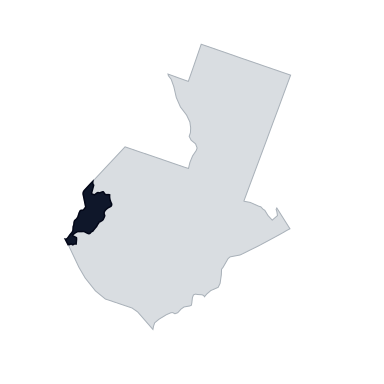 San Marcos highlighted on a map of Guatemala, rotated 19°
{"feature_id": "GTM-1947", "entity_name": "San Marcos", "entity_type": "Department", "adm_level": 1, "iso_a3": "GTM", "parent_name": "Guatemala", "parent_adm1": "", "projection": "equal_earth", "projection_center": [-91.97, 14.971], "detail": "fine", "context": "in_parent", "style": "filled", "palette": "ink", "viewbox_px": 384, "rotation_deg": 19, "n_neighbors": 0, "source": "natural_earth", "source_scale": "10m", "svg_char_len": 3034}
<svg xmlns="http://www.w3.org/2000/svg" viewBox="0 0 384 384"><g transform="rotate(19 192 192)"><path d="M88.0,277.9L89.4,276.1L90.5,271.9L92.0,267.7L91.1,262.7L90.6,258.7L92.2,252.9L92.0,248.5L92.8,245.9L95.1,244.1L96.4,240.8L89.6,229.3L89.7,226.7L90.5,223.5L96.0,211.3L102.5,196.7L109.7,180.7L114.0,171.1L129.7,171.1L140.1,171.0L153.4,171.0L167.7,171.0L177.1,171.0L181.0,170.9L180.4,164.6L180.8,157.7L182.5,151.4L182.5,148.7L179.7,145.3L174.3,143.3L171.2,140.3L171.2,136.5L169.9,131.9L167.2,126.5L161.8,121.0L153.4,115.4L146.4,107.8L140.5,98.3L135.6,92.2L131.8,89.7L130.9,88.3L142.0,88.5L152.5,88.6L152.6,75.0L152.6,62.9L152.6,49.3L171.6,49.3L194.3,49.4L217.9,49.4L236.4,49.4L247.2,49.4L246.8,66.3L246.4,85.9L246.0,100.3L245.6,119.5L245.1,139.2L244.4,166.0L244.0,183.4L244.2,183.8L250.4,182.9L259.6,183.7L261.9,183.6L264.7,185.1L266.8,185.6L271.5,189.5L277.0,192.5L280.5,186.5L278.6,182.9L277.2,181.1L277.4,179.5L296.6,194.9L294.3,197.3L289.5,202.8L280.8,212.3L273.0,220.7L265.4,228.4L258.6,235.3L257.8,236.0L249.2,240.9L247.8,243.2L245.9,253.0L245.1,255.4L246.7,260.8L248.3,269.2L247.8,273.6L241.9,279.0L239.1,283.8L237.9,287.0L236.8,286.1L235.0,285.9L230.7,287.1L228.6,287.4L226.9,288.8L226.8,291.8L227.9,296.7L228.3,299.2L227.1,300.4L221.9,303.3L219.8,306.2L217.8,310.8L215.5,312.7L213.1,312.3L211.4,313.0L207.7,316.4L202.3,322.9L199.3,327.8L199.3,331.4L199.8,334.7L179.7,323.1L173.1,321.2L144.9,321.4L132.8,316.9L119.0,308.1L109.7,300.1L88.0,277.9Z" fill="#d9dde1" stroke="#a8b0b8" stroke-width="1"/><path d="M87.4,277.8L88.5,277.6L89.4,276.1L90.6,272.0L91.7,269.3L91.9,268.2L91.9,266.9L90.9,263.4L90.9,262.9L91.0,261.9L90.9,261.3L90.5,259.6L90.3,259.0L90.3,257.5L90.6,256.7L91.6,255.1L92.2,252.9L92.1,248.6L92.3,246.3L92.9,245.5L93.5,245.2L94.2,245.1L94.9,244.7L95.4,243.9L96.4,240.8L89.7,229.4L89.3,228.2L89.3,226.9L89.6,225.7L90.6,223.5L93.1,217.8L94.8,214.2L95.1,215.6L96.0,217.1L96.8,217.5L96.9,218.5L97.4,225.8L98.0,226.4L100.7,226.5L100.8,226.3L102.6,223.6L103.3,223.1L105.0,222.9L106.5,221.6L107.4,220.9L107.8,220.7L108.1,220.7L108.6,221.0L110.4,222.4L111.5,222.5L114.3,221.5L115.1,221.5L115.4,222.7L116.1,224.4L117.0,226.0L118.0,227.3L119.0,228.5L119.5,228.9L120.0,229.6L120.3,230.5L120.1,231.8L119.7,232.3L117.9,234.2L117.0,235.5L116.0,237.4L115.5,239.5L116.1,241.5L117.1,242.5L117.3,243.7L117.0,246.7L116.8,247.4L116.4,248.1L114.8,250.1L114.4,250.3L114.0,250.6L114.0,250.8L113.9,251.1L113.9,251.6L113.8,252.3L113.4,253.1L113.0,255.8L112.6,256.7L112.5,256.9L111.1,260.7L111.1,261.0L110.8,261.5L110.1,262.1L109.8,262.5L109.7,262.7L109.0,264.3L108.5,264.8L108.1,265.0L107.6,265.1L106.1,265.0L102.8,264.5L98.2,266.2L97.1,266.5L96.5,266.9L95.1,268.4L93.3,271.1L93.1,271.5L93.3,271.9L93.8,272.2L94.0,272.3L97.1,272.7L97.6,272.8L98.2,274.1L99.4,278.9L97.9,279.4L97.4,279.7L96.8,280.5L96.6,280.7L96.4,280.8L96.1,280.8L95.7,280.7L95.2,280.5L94.7,280.5L94.4,280.6L93.8,281.2L93.3,281.6L93.1,281.8L92.8,281.8L92.3,281.6L92.0,281.7L91.9,281.8L91.8,282.0L87.4,277.8Z" fill="#0f172a" stroke="#020617" stroke-width="1.5"/></g></svg>